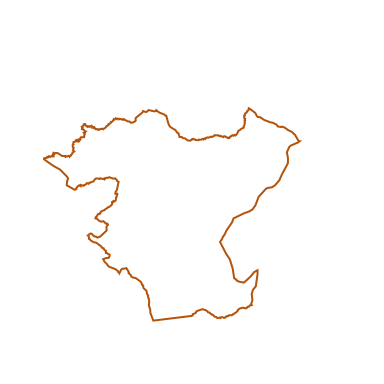 Mbala, Northern, Zambia (orthographic projection), rotated 318°
{"feature_id": "96606910B75728228725802", "entity_name": "Mbala", "entity_type": "district", "adm_level": 2, "iso_a3": "ZMB", "parent_name": "Zambia", "parent_adm1": "Northern", "projection": "orthographic", "projection_center": [31.398, -8.964], "detail": "fine", "context": "isolated", "style": "outline", "palette": "amber", "viewbox_px": 384, "rotation_deg": 318, "n_neighbors": 0, "source": "geoboundaries", "source_scale": "gbopen_adm2", "svg_char_len": 5932}
<svg xmlns="http://www.w3.org/2000/svg" viewBox="0 0 384 384"><g transform="rotate(318 192 192)"><path d="M290.2,167.8L289.1,168.8L287.9,169.0L287.5,168.7L285.7,169.5L284.6,169.2L283.1,169.5L282.8,170.3L282.1,170.7L281.4,170.5L280.2,172.4L280.5,173.1L280.1,173.3L279.6,174.1L279.1,174.0L279.0,174.5L277.7,175.4L277.6,176.0L275.3,177.6L274.2,177.8L273.6,178.8L270.8,178.0L268.5,178.0L267.6,177.5L264.6,178.9L262.2,179.1L262.0,178.2L260.5,177.9L260.4,177.2L259.9,176.7L258.3,176.9L257.9,176.4L256.4,176.4L256.0,176.9L255.3,176.6L254.7,175.8L254.9,175.4L253.9,173.8L253.8,172.6L252.7,171.9L251.9,172.1L250.9,169.5L250.1,169.4L249.6,168.4L249.6,167.5L247.4,165.8L247.2,165.2L246.5,164.8L245.9,165.1L244.1,164.7L243.9,164.2L242.9,163.9L242.7,163.4L240.3,162.5L239.8,161.6L238.9,161.2L237.5,161.5L237.3,160.7L236.7,160.4L235.7,160.7L235.4,159.6L233.8,159.2L232.3,158.1L232.1,157.6L231.4,157.6L230.5,156.9L229.5,155.8L229.5,155.0L228.6,154.2L228.5,153.3L227.4,152.7L226.5,153.1L225.9,152.7L225.0,152.7L223.2,150.6L222.7,147.6L221.3,145.9L221.2,144.3L219.5,142.8L221.3,139.3L220.7,138.3L221.1,134.8L219.4,129.3L219.6,127.1L220.4,125.0L223.9,118.1L223.3,117.5L223.3,116.0L220.8,110.9L220.2,107.3L219.3,107.8L217.9,106.8L214.5,102.0L212.3,102.2L211.1,101.6L209.8,99.1L208.7,99.6L206.9,99.7L200.3,99.3L199.1,99.7L198.2,101.1L196.8,101.4L194.9,100.9L192.8,99.6L192.8,97.8L191.5,96.6L191.2,95.2L189.7,92.7L190.0,92.4L188.9,91.8L189.2,91.5L188.2,90.8L187.6,89.6L186.7,89.3L186.9,89.0L186.4,88.3L185.4,87.5L184.9,87.6L184.7,86.2L182.9,86.3L182.6,85.6L182.0,86.1L181.4,85.9L180.7,86.2L178.3,86.2L178.2,85.8L177.2,86.4L175.4,85.6L174.6,86.4L172.2,85.8L171.7,86.2L170.0,86.3L168.1,85.6L168.3,85.1L167.8,85.6L167.2,84.4L166.0,84.1L165.2,83.3L164.6,83.6L164.1,83.3L163.6,82.5L163.7,81.8L162.6,81.2L162.6,79.8L162.1,79.6L162.0,78.8L162.2,78.6L161.8,78.6L161.7,77.8L161.1,77.4L161.7,77.1L161.4,76.6L161.6,75.9L161.2,76.0L161.1,75.5L159.8,74.5L159.4,75.0L158.7,73.7L158.0,73.8L157.7,72.8L158.0,72.1L157.3,71.4L158.0,70.0L157.2,69.3L155.0,70.0L154.4,70.5L154.3,70.0L153.7,69.8L153.3,70.9L152.3,71.6L153.1,72.9L153.1,75.3L153.5,75.9L152.7,75.9L152.2,76.4L151.2,75.7L150.9,77.3L150.0,77.6L149.9,78.0L148.7,78.9L148.5,78.5L147.4,78.3L146.1,77.0L145.4,77.1L144.4,78.1L143.2,77.1L142.7,77.5L143.0,78.5L141.5,78.8L141.1,78.4L141.6,76.8L141.4,76.1L140.1,75.8L139.7,76.8L137.2,75.6L136.1,76.6L135.9,77.3L134.8,77.2L133.9,78.3L133.4,79.0L133.7,79.9L131.6,81.2L131.6,83.1L129.6,82.7L128.6,83.5L127.0,83.4L126.4,83.9L125.5,83.5L124.6,83.8L124.7,82.9L124.4,82.5L122.8,82.0L122.4,80.9L121.4,81.1L121.5,80.1L119.5,78.2L118.6,74.3L117.9,72.8L115.3,70.6L114.8,71.1L114.9,70.4L113.9,70.9L115.1,71.6L114.8,71.9L113.8,72.0L113.0,72.9L112.5,72.8L111.7,71.3L110.3,71.1L109.7,69.7L108.7,70.2L108.0,69.1L107.5,69.7L104.6,68.0L104.0,68.7L105.0,73.6L106.7,80.6L108.9,86.8L109.4,96.7L109.0,99.0L106.3,100.5L103.4,103.2L106.3,111.8L108.0,112.5L108.9,111.6L111.7,111.3L112.6,111.6L112.8,112.2L112.9,111.9L114.1,112.2L114.6,113.8L115.0,113.8L116.0,115.0L116.5,114.7L118.1,115.3L119.9,115.1L120.6,116.7L122.0,116.4L122.5,117.0L123.5,117.1L125.8,118.2L128.3,117.6L129.8,117.7L131.5,119.5L132.0,120.5L133.0,120.3L134.4,122.8L135.8,123.1L135.6,124.1L137.6,123.9L138.9,125.2L140.4,125.6L142.5,129.5L143.9,130.3L144.2,132.6L143.7,133.7L144.3,135.3L137.4,140.3L135.3,140.8L133.9,142.0L135.3,143.3L135.2,143.6L133.1,144.6L132.6,145.3L131.6,145.4L130.3,146.8L129.2,147.3L127.6,146.9L127.7,146.2L126.0,146.0L125.9,146.6L125.2,146.6L124.9,147.3L123.9,147.8L120.9,147.8L118.9,147.0L118.2,147.3L116.2,146.8L114.7,146.9L113.1,146.1L110.9,145.7L109.9,146.4L108.9,146.0L108.4,146.5L107.1,145.5L105.5,146.2L104.8,146.2L104.5,146.6L103.8,146.3L102.6,146.9L103.4,148.4L103.9,151.9L105.0,153.6L106.5,154.2L106.9,156.6L106.7,157.3L107.1,158.4L107.7,158.5L107.9,159.0L107.7,160.1L105.0,160.7L102.8,163.5L94.0,163.7L91.2,162.6L90.9,161.1L89.7,159.8L89.9,159.1L89.4,158.0L89.6,156.6L89.1,155.2L87.7,154.6L86.0,155.0L85.5,154.7L85.4,156.3L84.1,157.9L84.5,158.5L84.3,160.1L85.3,163.6L86.8,165.3L88.2,171.9L87.7,172.8L88.7,174.9L88.1,175.6L88.6,178.0L88.4,178.6L87.8,178.8L87.2,179.7L87.9,180.5L88.3,182.4L88.9,183.3L87.9,184.5L86.1,185.2L83.6,183.4L81.0,182.5L80.3,185.5L80.5,187.9L80.2,191.7L83.5,198.2L84.0,201.1L83.5,202.2L84.0,202.9L83.7,203.8L87.4,202.3L88.9,202.4L90.7,203.9L92.3,204.7L91.4,209.4L90.6,209.8L90.9,212.7L90.3,214.0L90.9,216.1L92.5,218.2L93.8,223.7L93.5,226.3L92.9,227.1L92.8,228.1L93.2,228.8L92.1,230.0L91.7,231.1L92.1,235.0L90.3,237.8L90.2,239.4L88.9,240.9L88.5,242.6L87.5,243.6L86.7,245.1L84.2,247.2L82.3,251.4L80.1,254.1L77.2,261.7L108.9,283.9L110.1,284.1L110.8,283.3L113.7,284.4L115.0,283.8L116.2,283.8L121.4,286.1L123.2,289.2L123.6,291.2L123.4,292.1L124.4,293.5L124.3,295.0L124.8,295.7L124.7,296.6L125.4,297.4L125.3,299.5L126.4,301.2L126.4,302.5L128.2,303.8L128.8,303.9L128.9,304.5L129.2,304.3L130.9,305.4L131.5,306.9L133.1,307.7L133.5,307.3L135.1,307.7L135.6,308.4L137.2,308.4L138.6,309.8L140.1,310.5L140.3,310.2L142.1,310.5L142.4,310.8L145.0,311.0L146.2,311.0L146.9,310.4L149.0,310.4L152.2,311.8L154.2,314.6L155.7,314.8L156.2,314.5L157.6,315.2L159.1,315.0L160.7,316.0L160.9,314.9L164.4,312.9L168.2,307.7L171.8,305.5L176.3,304.8L185.6,297.0L188.3,294.0L184.6,293.1L179.2,294.0L170.0,294.1L167.4,290.8L166.2,288.4L166.0,287.2L166.4,286.6L165.6,284.4L170.9,276.3L175.0,267.5L176.2,260.1L179.4,247.9L183.0,247.0L185.2,245.9L187.4,245.6L191.8,243.7L201.6,241.3L205.2,239.4L216.3,242.6L221.7,244.8L225.3,245.4L230.1,244.4L238.2,240.2L249.0,239.1L250.9,239.6L254.6,242.0L256.5,242.3L258.1,242.6L264.9,241.7L270.3,239.2L282.5,234.8L286.1,230.9L289.0,226.0L294.5,223.6L296.5,223.6L304.2,226.2L305.8,226.3L305.4,225.9L305.6,224.0L306.8,218.7L306.4,214.1L304.8,210.2L304.0,206.2L302.6,203.6L301.9,203.5L299.6,200.7L299.9,198.5L298.3,194.4L296.9,192.7L293.9,186.9L292.7,182.0L291.2,180.4L291.0,179.2L291.9,175.6L290.7,169.2L290.2,167.8Z" fill="none" stroke="#b45309" stroke-width="2"/></g></svg>